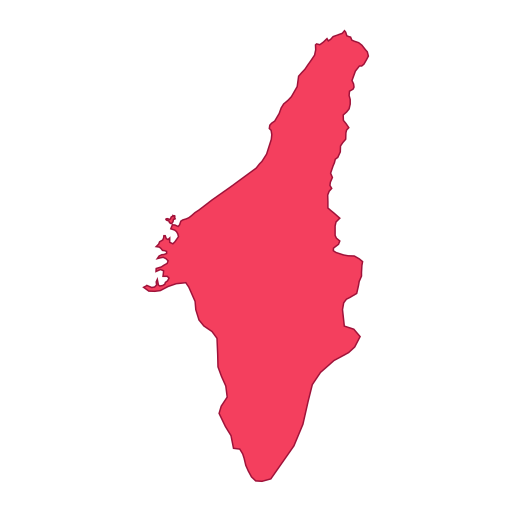 the district of Kota Belud, Sabah, Malaysia
{"feature_id": "92858781B56547277278247", "entity_name": "Kota Belud", "entity_type": "district", "adm_level": 2, "iso_a3": "MYS", "parent_name": "Malaysia", "parent_adm1": "Sabah", "projection": "robinson", "projection_center": [116.462, 6.343], "detail": "fine", "context": "isolated", "style": "filled", "palette": "rose", "viewbox_px": 512, "rotation_deg": 0, "n_neighbors": 0, "source": "geoboundaries", "source_scale": "gbopen_adm2", "svg_char_len": 3295}
<svg xmlns="http://www.w3.org/2000/svg" viewBox="0 0 512 512"><path d="M270.8,478.9L293.9,445.9L302.9,424.3L308.1,401.4L312.3,384.6L320.5,372.4L334.0,360.5L348.6,352.6L354.7,347.0L360.1,336.6L353.8,329.2L344.3,326.1L342.5,309.6L343.7,302.8L346.4,299.2L350.0,297.4L356.7,293.4L358.5,285.5L359.2,281.4L361.5,276.1L361.5,272.3L361.9,265.4L362.6,261.6L359.2,258.8L354.3,256.0L348.2,255.8L343.7,255.0L336.0,252.5L333.3,250.7L333.5,248.1L338.5,244.3L339.8,241.0L336.4,238.2L335.1,235.4L335.1,226.0L336.0,222.0L339.8,218.2L334.0,213.1L330.8,210.5L327.9,208.0L327.9,201.9L327.7,195.0L329.2,191.2L331.7,188.4L329.9,185.4L330.4,182.1L332.4,177.5L330.6,173.2L333.1,165.8L334.4,162.8L335.3,159.2L337.8,157.4L340.3,151.9L340.5,146.0L342.7,142.7L345.7,139.2L345.9,132.8L346.6,130.0L348.8,127.7L346.1,123.7L343.4,120.4L343.2,115.0L346.6,112.0L349.1,108.9L350.2,104.1L350.2,99.5L349.1,95.5L349.5,91.2L353.1,89.1L354.0,87.1L353.6,84.0L352.0,80.5L355.4,71.1L359.4,66.0L361.7,66.0L363.9,64.2L366.4,59.9L368.4,56.1L367.3,51.8L365.5,49.8L361.9,45.2L358.7,42.7L354.0,41.1L351.8,40.1L350.6,37.1L348.8,36.6L346.8,35.8L345.7,32.2L344.5,30.7L342.3,33.3L333.1,36.6L330.6,39.4L328.3,40.9L327.0,38.6L323.4,42.1L319.8,44.7L316.6,43.9L315.5,44.9L315.7,49.8L314.6,55.1L311.2,60.2L308.0,64.7L304.9,69.3L301.5,72.9L298.6,76.2L297.2,86.6L291.4,96.7L288.0,100.3L283.7,103.9L281.2,107.9L279.2,113.5L274.7,121.1L271.6,123.2L269.8,125.2L269.3,128.5L271.1,130.3L271.8,134.6L271.3,139.4L266.6,154.1L261.9,161.5L259.6,163.8L256.2,168.1L230.6,186.9L212.1,199.9L199.0,210.0L195.0,212.6L191.6,215.6L188.9,217.7L186.2,218.9L182.8,219.9L180.8,221.2L179.6,224.8L178.1,226.5L174.9,225.0L172.4,224.8L170.8,228.8L174.7,230.1L176.5,231.6L177.8,233.9L178.5,236.7L174.9,241.8L172.9,243.8L169.7,242.3L169.7,238.0L168.1,239.5L166.3,238.7L165.2,235.7L163.9,235.7L163.6,238.0L162.7,240.0L159.6,241.8L158.7,244.1L156.2,246.6L159.4,247.1L160.9,248.4L162.5,250.4L164.8,250.7L166.6,251.4L166.6,253.5L163.9,254.5L161.8,254.7L159.1,256.0L157.3,258.6L160.5,257.8L163.2,257.3L165.9,258.6L168.1,260.8L167.2,263.4L163.6,265.4L161.4,266.9L156.2,268.5L156.0,271.5L160.5,269.5L163.6,270.8L163.4,273.0L163.0,276.3L167.2,276.3L169.0,278.1L167.5,280.9L165.4,282.4L164.8,284.2L162.7,285.5L159.8,286.0L158.4,285.0L157.8,281.9L157.3,279.4L156.2,281.9L156.6,285.0L154.6,287.0L151.7,287.5L146.8,285.4L146.1,286.0L143.6,287.3L148.8,291.1L154.8,291.3L160.3,290.6L168.1,286.5L176.2,283.7L185.8,282.7L188.8,287.1L195.1,301.4L195.8,309.7L199.0,320.0L203.9,326.0L212.0,331.5L217.0,338.3L217.7,354.6L218.0,366.9L221.5,376.4L225.8,386.0L227.2,397.1L221.2,406.2L219.1,413.4L225.4,426.5L231.0,435.6L233.5,448.3L239.8,449.1L242.7,453.9L244.1,458.2L245.8,465.4L248.3,471.0L251.5,476.9L255.7,480.9L262.0,481.3L270.8,478.9ZM173.4,215.7L172.9,215.5L172.8,216.3L172.3,216.4L171.5,216.8L171.1,217.1L170.8,218.1L170.5,218.7L170.2,219.1L169.6,219.3L169.2,219.3L168.6,219.1L167.8,218.7L166.8,218.7L166.1,218.9L165.9,219.3L166.2,219.8L166.5,220.1L167.1,220.4L168.1,220.7L168.8,221.0L169.1,221.4L169.3,222.2L169.9,222.9L170.5,223.4L171.3,223.5L172.0,223.2L172.6,222.4L172.9,221.7L173.2,221.0L173.3,220.0L173.5,219.3L174.4,219.2L175.2,218.8L174.9,218.1L174.5,217.7L174.8,217.0L174.8,216.3L174.7,215.8L174.2,215.7L173.7,215.9L173.4,215.7Z" fill="#f43f5e" stroke="#9f1239" stroke-width="1.5"/></svg>